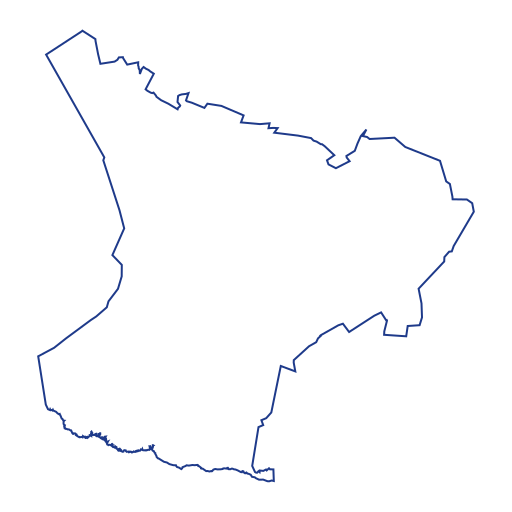 outline of Arriaga, Chiapas, Mexico
{"feature_id": "50627088B65202645179540", "entity_name": "Arriaga", "entity_type": "district", "adm_level": 2, "iso_a3": "MEX", "parent_name": "Mexico", "parent_adm1": "Chiapas", "projection": "natural_earth1", "projection_center": [-94.031, 16.255], "detail": "fine", "context": "isolated", "style": "outline", "palette": "blue", "viewbox_px": 512, "rotation_deg": 0, "n_neighbors": 0, "source": "geoboundaries", "source_scale": "gbopen_adm2", "svg_char_len": 5941}
<svg xmlns="http://www.w3.org/2000/svg" viewBox="0 0 512 512"><path d="M418.6,288.7L444.2,261.5L444.4,257.1L449.1,251.7L451.8,251.4L453.7,246.0L473.8,211.7L472.2,203.2L466.9,199.5L452.6,199.3L452.4,196.6L449.9,184.0L446.2,181.4L440.0,160.8L405.3,147.0L394.5,137.7L369.6,139.0L367.1,137.0L362.9,136.1L366.4,129.5L360.8,136.1L357.5,143.5L354.8,150.8L346.4,156.0L346.7,157.5L349.6,161.2L335.9,168.2L328.5,164.4L327.0,160.3L334.3,155.2L324.7,146.2L322.0,144.2L320.8,144.2L316.6,141.6L313.5,140.6L311.1,138.1L298.0,135.6L274.3,132.7L277.6,128.1L273.3,127.9L268.5,128.2L269.6,123.3L260.0,124.1L241.0,122.4L243.6,115.4L221.4,105.9L207.4,103.7L204.4,107.9L191.8,102.7L186.8,101.2L186.0,100.4L188.5,93.1L186.0,93.9L181.8,94.4L179.5,95.1L178.1,96.0L177.5,102.0L180.2,105.5L179.8,106.4L178.1,107.8L177.6,109.3L168.3,103.7L161.1,100.2L156.5,96.8L155.9,95.5L153.5,92.6L152.3,93.1L150.8,92.7L147.4,90.8L145.6,89.3L153.8,73.7L150.1,71.3L148.6,70.0L145.9,68.7L143.6,67.0L141.8,68.9L139.9,74.0L139.7,70.2L138.7,68.3L138.6,66.8L138.1,65.3L138.2,62.3L127.2,64.6L123.1,58.1L122.9,57.2L118.9,57.4L117.4,59.8L114.6,61.6L100.4,63.8L98.1,54.2L95.5,40.8L95.4,39.1L82.4,30.7L81.8,31.3L46.1,54.6L104.3,157.4L103.3,160.3L119.5,210.3L124.2,228.4L112.4,255.1L121.8,264.9L121.7,276.4L118.0,288.8L108.5,301.3L106.8,307.3L96.2,316.5L90.9,320.0L66.0,338.4L54.1,347.8L38.2,356.3L45.8,404.6L48.0,409.2L50.0,410.1L50.2,409.5L50.5,410.1L51.7,410.0L52.5,410.5L52.9,409.8L53.2,410.5L56.1,411.8L57.5,413.3L58.6,414.0L58.9,413.9L59.3,414.3L59.7,414.1L59.8,414.7L60.3,415.1L61.7,418.6L62.5,419.0L63.3,420.6L64.2,420.7L63.7,421.2L63.5,423.1L63.8,424.5L64.4,425.0L64.3,425.8L64.8,425.7L64.4,427.5L64.6,428.2L65.1,428.2L65.2,428.6L65.7,428.9L66.7,428.9L67.6,429.4L68.9,429.4L70.8,430.6L71.2,430.5L72.3,433.1L73.0,433.9L73.4,433.9L73.5,433.3L75.4,433.5L76.1,434.4L75.9,435.1L76.7,435.6L76.9,435.3L77.3,436.1L79.1,437.1L79.2,436.9L80.7,437.2L82.3,436.8L82.6,437.1L82.7,436.8L83.1,436.6L83.1,436.2L84.0,436.8L84.5,436.7L84.8,436.3L84.8,435.8L85.0,436.9L84.8,437.1L85.5,438.0L86.3,437.9L86.3,437.5L87.1,437.7L87.0,436.9L87.4,436.8L87.7,437.4L87.9,437.1L88.4,437.1L90.0,435.4L90.4,435.6L90.2,435.2L91.0,435.3L91.0,434.8L91.6,434.3L91.5,433.8L91.0,433.3L91.0,432.7L91.2,433.3L91.8,433.5L91.4,432.7L91.6,432.2L91.3,431.8L91.5,431.6L91.9,432.4L91.6,432.9L92.2,433.2L91.7,434.1L91.8,435.3L92.8,435.2L93.3,434.9L94.7,435.0L95.3,434.5L95.5,433.9L96.0,433.6L95.8,433.2L96.2,433.6L96.1,434.2L96.0,434.5L95.5,434.4L95.6,435.2L96.5,436.2L97.8,436.2L98.5,436.6L98.7,436.4L98.7,436.0L97.9,435.4L98.3,435.3L98.5,434.0L99.8,434.3L100.1,432.5L100.3,433.2L100.1,433.9L100.2,434.6L99.1,435.3L99.4,436.0L99.2,436.9L100.2,437.6L100.7,437.5L100.5,437.8L100.8,438.2L102.2,438.7L102.7,438.1L102.8,438.5L103.2,438.3L103.4,437.8L104.7,437.7L104.9,436.7L105.6,436.6L104.7,438.0L103.8,437.9L103.8,438.6L103.1,439.4L104.1,439.7L105.2,440.6L105.2,439.6L105.7,438.7L106.0,439.4L105.8,440.1L105.6,439.9L105.4,440.1L105.6,441.3L105.9,441.4L106.2,440.8L106.3,442.0L106.7,442.0L107.1,442.5L107.4,442.3L107.2,441.8L107.9,441.5L107.3,442.5L106.6,442.5L107.2,444.4L107.8,444.5L108.3,445.1L108.8,444.8L109.7,444.8L111.5,445.6L111.5,445.0L112.0,445.0L111.8,444.3L112.2,444.0L112.8,444.5L112.2,444.3L112.2,444.7L112.8,445.0L112.4,445.3L111.8,445.2L111.6,445.7L113.1,447.1L113.9,447.0L114.8,447.7L115.7,447.8L115.8,447.4L115.4,447.5L115.8,447.3L115.7,446.7L116.5,447.3L116.2,448.0L116.5,448.6L117.4,449.1L118.2,450.5L118.9,450.8L119.8,450.5L120.4,450.0L120.2,449.2L119.3,448.8L120.4,448.4L120.0,448.7L120.5,449.6L121.0,450.0L121.0,450.3L120.5,450.5L120.6,450.9L122.7,451.8L123.4,451.6L123.6,450.6L124.4,450.2L125.7,450.4L125.8,451.0L126.6,451.7L127.0,451.3L127.0,450.8L127.1,451.7L128.3,451.7L128.6,452.1L128.8,452.0L129.0,450.7L129.1,452.2L129.6,452.1L129.7,451.7L130.8,451.6L131.8,452.4L132.1,452.1L132.4,452.3L133.1,452.0L133.8,451.4L134.4,451.9L135.6,451.9L136.0,451.7L136.0,451.0L136.5,450.8L136.9,450.7L136.5,451.3L137.0,451.4L137.9,451.2L138.0,450.8L140.0,450.7L140.8,449.4L141.5,449.7L142.1,449.5L142.3,449.1L142.6,450.1L144.2,450.4L144.9,450.2L145.9,450.5L146.2,450.1L147.4,450.1L148.2,449.7L149.3,449.9L150.0,449.3L149.9,448.4L150.2,448.1L149.8,447.5L150.1,447.1L149.6,446.3L150.2,446.2L150.6,447.3L150.5,448.2L150.7,448.9L151.1,449.1L151.1,448.8L152.1,448.0L152.7,446.7L152.8,445.2L153.1,445.2L153.4,445.4L153.0,445.6L153.0,446.8L152.4,448.4L152.0,448.7L152.0,449.4L152.7,450.7L153.9,451.2L154.5,452.6L155.3,453.1L155.3,453.9L156.4,455.8L156.6,456.9L157.9,458.3L158.5,458.4L164.0,461.8L166.9,462.5L169.4,464.1L173.3,465.2L176.0,465.3L176.2,466.0L177.0,467.0L179.0,467.6L181.3,469.1L182.2,468.3L182.5,467.2L185.6,466.0L186.5,465.3L188.9,465.6L192.4,465.0L194.7,465.2L197.5,464.9L198.0,465.2L198.3,466.1L199.1,466.2L201.0,467.7L201.0,468.4L201.4,468.6L202.6,468.6L206.2,471.1L207.4,471.0L209.6,471.5L211.3,471.0L211.8,471.3L212.2,471.1L213.4,469.6L215.2,469.0L217.5,469.4L220.6,469.3L222.7,469.0L222.9,468.6L224.0,468.3L226.7,468.6L227.2,467.9L227.9,467.8L228.2,468.2L228.1,468.9L228.7,469.2L230.4,469.2L231.8,468.6L232.6,468.7L233.9,469.3L235.5,469.5L237.7,470.4L240.9,472.1L241.9,472.2L242.4,471.1L243.4,471.3L243.9,472.5L245.1,473.3L245.8,473.2L245.8,472.8L246.4,472.5L247.5,473.6L248.6,473.8L250.7,474.7L252.0,476.8L254.8,477.3L255.9,478.2L259.1,479.7L263.2,479.6L267.4,481.2L269.1,481.3L271.7,480.5L273.8,481.0L273.4,469.4L269.9,469.3L269.0,468.3L266.7,470.4L266.0,469.5L263.3,470.9L259.8,470.5L259.6,472.1L259.1,471.6L258.5,471.7L258.3,471.4L257.1,472.7L256.0,472.6L255.0,472.0L252.2,465.9L258.5,427.1L263.2,425.1L261.4,420.2L266.2,418.2L271.3,412.5L280.8,366.0L295.3,371.4L293.7,362.6L293.8,360.1L309.1,346.2L316.2,342.2L318.0,338.4L320.6,336.0L320.3,335.7L320.8,335.2L338.3,325.3L342.9,323.7L349.1,332.0L374.3,315.7L381.1,312.4L386.3,320.5L386.8,320.2L387.0,320.6L384.3,331.3L384.1,334.8L406.2,336.3L407.7,326.0L419.6,325.2L422.0,317.4L421.5,303.4L418.6,288.7Z" fill="none" stroke="#1e3a8a" stroke-width="2"/></svg>